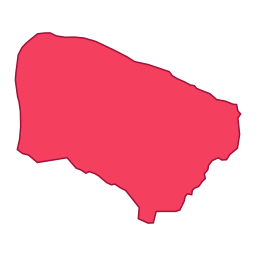 Barh-Signaka, Guéra, Chad (Robinson projection)
{"feature_id": "50815135B50589595383303", "entity_name": "Barh-Signaka", "entity_type": "district", "adm_level": 2, "iso_a3": "TCD", "parent_name": "Chad", "parent_adm1": "Guéra", "projection": "robinson", "projection_center": [18.652, 10.779], "detail": "fine", "context": "isolated", "style": "filled", "palette": "rose", "viewbox_px": 256, "rotation_deg": 0, "n_neighbors": 0, "source": "geoboundaries", "source_scale": "gbopen_adm2", "svg_char_len": 1270}
<svg xmlns="http://www.w3.org/2000/svg" viewBox="0 0 256 256"><path d="M17.3,149.6L22.5,153.5L28.6,155.1L37.3,162.5L54.2,159.8L67.1,157.7L76.2,168.2L80.9,169.9L85.9,173.2L89.3,171.6L94.9,173.6L99.0,176.1L102.6,179.2L106.5,182.5L111.3,184.8L115.0,184.1L120.2,187.7L125.7,190.5L139.2,207.5L138.3,218.7L148.0,223.1L153.3,222.9L156.2,211.4L175.7,211.4L179.5,210.1L179.9,210.0L184.1,201.3L185.2,196.5L187.0,194.2L187.3,193.8L191.7,194.7L192.3,190.4L194.7,188.1L198.7,186.5L202.1,181.6L205.3,178.6L204.3,173.8L207.8,169.8L208.6,165.3L212.2,160.6L218.3,157.8L221.8,160.0L226.5,159.7L229.1,155.6L229.7,154.6L235.6,149.7L236.3,149.1L236.9,148.6L237.2,148.3L237.4,148.2L239.6,134.5L237.9,118.0L240.6,114.0L237.8,110.8L236.6,104.5L233.2,104.3L230.5,103.2L225.2,101.1L216.7,99.6L209.9,93.7L201.3,90.4L196.5,88.4L194.4,85.7L193.3,85.5L191.7,85.2L190.1,84.9L184.4,81.8L180.0,79.9L177.5,78.8L172.4,75.8L169.2,71.6L163.3,69.7L148.3,64.6L134.5,61.6L127.3,57.0L114.7,50.5L105.1,45.9L95.9,41.5L83.9,38.0L74.4,37.1L65.1,37.3L56.3,35.9L50.1,32.9L44.5,33.0L37.6,33.8L32.3,38.0L26.5,42.8L22.1,47.4L18.2,54.9L16.1,71.5L15.9,72.5L15.9,73.2L15.9,73.7L15.5,77.9L15.4,80.3L17.6,96.7L19.0,101.6L20.4,111.5L20.7,126.3L19.6,139.3L17.3,149.6Z" fill="#f43f5e" stroke="#9f1239" stroke-width="1.5"/></svg>